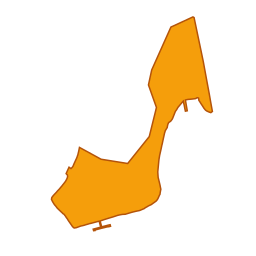 outline of Pointe Seraphine, Castries, Saint Lucia, rotated 345°
{"feature_id": "8701671B40799965178228", "entity_name": "Pointe Seraphine", "entity_type": "district", "adm_level": 2, "iso_a3": "LCA", "parent_name": "Saint Lucia", "parent_adm1": "Castries", "projection": "equal_earth", "projection_center": [-60.994, 14.016], "detail": "fine", "context": "isolated", "style": "filled", "palette": "amber", "viewbox_px": 256, "rotation_deg": 345, "n_neighbors": 0, "source": "geoboundaries", "source_scale": "gbopen_adm2", "svg_char_len": 3080}
<svg xmlns="http://www.w3.org/2000/svg" viewBox="0 0 256 256"><g transform="rotate(345 128 128)"><path d="M212.0,134.6L212.7,134.3L213.8,133.9L214.6,124.1L215.3,116.3L216.0,107.2L216.9,95.8L217.9,83.4L218.5,72.8L220.4,38.4L219.9,38.0L219.5,37.5L195.6,41.6L165.9,78.1L158.9,91.7L160.8,115.5L158.4,119.9L146.3,141.8L118.5,162.2L93.9,151.2L91.4,148.8L76.1,134.2L75.9,134.6L75.1,136.2L74.2,138.0L73.3,139.6L72.7,140.8L71.9,141.9L71.2,143.0L70.8,143.5L70.2,144.3L69.4,145.2L68.5,146.3L67.6,147.4L66.6,148.6L65.6,149.9L64.9,150.8L63.9,151.6L63.2,152.0L62.4,152.4L61.3,151.1L60.9,150.6L59.9,151.8L58.6,153.4L57.2,155.1L56.4,156.1L56.7,156.6L57.3,157.6L57.1,159.3L56.2,160.8L55.3,161.8L54.5,162.7L53.5,163.6L52.6,164.3L51.3,165.3L50.3,166.0L49.3,166.8L48.4,167.4L47.5,168.0L46.3,168.9L45.2,169.6L43.5,170.6L42.3,171.5L40.8,172.4L39.8,173.0L38.9,173.6L38.2,174.0L37.9,174.3L36.8,175.1L36.3,175.6L35.6,177.2L35.8,178.0L35.9,178.8L36.1,179.6L36.4,180.7L37.0,182.7L37.4,183.6L38.2,185.2L38.7,186.6L39.1,187.4L40.3,189.4L41.1,190.7L41.5,191.4L42.3,192.6L43.0,193.9L43.6,194.5L44.0,195.0L44.3,195.9L44.8,197.0L45.0,197.8L45.4,198.9L45.9,200.1L46.2,201.3L46.6,202.5L47.0,203.6L47.5,205.0L47.9,206.1L48.2,206.9L48.7,208.4L49.2,209.4L49.6,210.2L50.6,210.8L51.4,210.8L52.2,210.9L53.3,210.8L54.5,210.7L56.5,210.5L57.6,210.5L59.2,210.6L60.5,210.6L62.7,210.5L64.3,210.5L66.1,210.4L67.5,210.5L69.1,210.5L70.9,210.5L73.4,210.5L75.2,210.5L76.1,210.6L76.0,211.8L76.0,213.5L76.0,214.8L76.0,216.7L73.7,216.7L71.1,216.7L68.2,216.7L68.2,218.3L69.0,218.4L69.6,218.5L69.7,218.0L71.1,218.0L73.2,218.0L76.7,218.0L79.4,218.1L81.4,218.1L82.1,218.1L84.1,218.4L85.7,218.4L85.7,216.8L83.7,216.7L81.3,216.7L80.6,216.7L77.0,216.6L77.0,210.6L81.6,210.3L86.5,210.1L90.5,210.0L95.5,209.7L97.9,209.8L100.3,210.0L102.1,210.4L103.0,210.6L106.4,210.5L110.1,210.4L114.4,210.5L117.4,210.7L118.0,210.7L119.4,210.5L121.5,210.2L122.6,210.1L123.8,209.6L125.1,209.2L126.1,209.0L127.7,208.5L128.9,208.3L130.7,208.0L133.0,207.1L134.9,206.4L135.6,206.1L136.4,205.8L137.9,204.7L139.1,203.4L140.3,201.9L141.3,200.7L141.7,200.4L142.4,198.7L143.4,196.6L143.9,195.6L143.9,195.1L144.0,193.3L144.1,192.2L144.2,189.6L144.3,184.9L144.3,183.7L144.7,181.6L145.4,178.1L148.6,169.5L149.0,168.4L149.7,166.6L151.0,163.7L151.4,162.8L154.6,156.7L156.4,153.1L156.9,152.3L158.3,149.5L162.2,142.0L162.6,141.5L163.2,140.4L164.3,139.3L166.0,137.7L166.3,137.0L167.0,135.6L167.5,134.7L168.0,134.1L168.5,133.5L168.9,133.2L171.0,132.5L171.3,132.2L171.9,131.8L173.0,130.9L173.7,130.1L177.7,124.7L178.3,124.0L179.6,123.0L181.0,121.6L181.3,121.2L183.6,119.6L188.0,116.5L188.4,116.3L188.2,118.6L188.2,120.3L188.1,121.5L187.9,124.3L187.8,126.6L189.7,126.7L190.2,121.2L190.4,119.1L190.7,115.8L191.1,115.8L193.4,115.9L194.3,116.1L197.2,116.6L200.8,117.1L201.3,117.0L202.1,116.7L202.6,116.6L203.0,116.8L203.9,117.3L203.8,117.8L203.8,118.6L203.6,119.6L204.1,121.1L204.6,122.7L205.1,124.3L205.5,125.4L206.5,128.6L207.5,130.8L208.8,132.3L209.4,132.7L209.8,133.1L210.5,133.6L210.9,133.9L211.3,134.1L212.0,134.6Z" fill="#f59e0b" stroke="#b45309" stroke-width="1.5"/></g></svg>